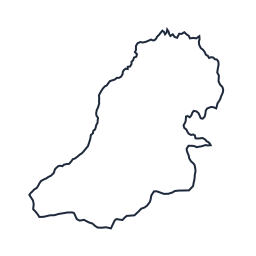 Cordeiros, Bahia, Brazil (Robinson projection), rotated 7°
{"feature_id": "56859067B54638855899687", "entity_name": "Cordeiros", "entity_type": "district", "adm_level": 2, "iso_a3": "BRA", "parent_name": "Brazil", "parent_adm1": "Bahia", "projection": "robinson", "projection_center": [-41.901, -15.032], "detail": "fine", "context": "isolated", "style": "outline", "palette": "slate", "viewbox_px": 256, "rotation_deg": 7, "n_neighbors": 0, "source": "geoboundaries", "source_scale": "gbopen_adm2", "svg_char_len": 2984}
<svg xmlns="http://www.w3.org/2000/svg" viewBox="0 0 256 256"><g transform="rotate(7 128 128)"><path d="M50.9,227.1L55.2,226.4L61.1,224.2L65.6,223.5L67.9,222.5L69.9,221.7L78.4,219.2L82.8,218.6L84.8,219.0L88.3,224.7L91.4,225.8L95.5,224.5L100.4,226.4L104.4,227.2L107.3,229.2L109.9,230.5L114.0,230.2L118.3,229.2L123.3,229.7L126.0,221.5L127.6,219.8L133.7,220.0L135.8,217.1L137.5,215.4L145.0,213.9L148.5,209.8L150.9,206.5L154.1,204.9L156.5,202.6L158.6,198.9L159.1,196.6L159.4,192.0L161.5,187.8L164.1,187.3L171.6,189.0L176.0,188.4L179.9,186.6L182.2,184.8L186.2,183.9L196.1,182.5L199.7,177.6L199.8,174.4L200.1,172.4L200.2,169.7L200.0,166.5L200.3,162.8L199.6,159.5L198.4,156.3L196.6,154.7L194.6,153.4L192.5,150.7L191.5,147.7L190.3,145.7L189.2,143.5L188.7,141.5L190.2,138.3L194.0,137.8L196.6,138.0L198.5,138.7L200.6,137.9L202.7,137.4L204.5,136.6L207.1,135.5L209.3,135.6L212.1,135.0L211.0,133.4L209.4,132.2L207.7,131.6L206.1,130.1L203.2,128.8L200.8,129.5L198.0,130.0L196.2,130.0L195.3,127.2L193.5,126.5L191.5,127.2L189.2,126.4L187.8,125.0L186.2,122.5L183.8,121.0L182.8,118.5L183.8,116.3L184.4,114.2L184.3,111.9L184.2,109.5L185.9,108.9L188.0,109.8L189.3,107.9L190.0,105.0L191.1,103.0L194.0,103.2L196.3,104.8L197.3,106.5L199.0,109.4L200.9,109.7L202.6,107.6L203.1,104.5L203.0,101.6L204.1,99.1L206.3,97.8L208.3,96.9L211.0,97.1L213.1,97.8L213.6,95.0L213.8,92.8L215.1,90.2L216.1,87.8L216.5,85.3L217.2,83.3L217.8,81.0L217.8,78.3L216.7,75.8L214.0,73.6L212.2,70.7L211.8,64.9L209.8,62.0L209.9,58.3L210.2,54.2L209.6,51.1L208.0,49.3L205.7,49.1L204.2,47.7L201.9,47.6L199.9,48.6L198.6,46.8L196.3,45.7L194.9,43.3L192.9,41.2L190.5,39.8L188.5,36.7L187.8,33.8L188.2,31.0L187.6,28.2L184.9,30.7L182.0,30.6L178.5,31.5L177.1,29.1L174.8,28.0L172.2,26.1L169.7,28.1L167.3,28.2L165.7,32.5L163.2,31.9L161.0,29.6L158.9,31.5L157.4,29.6L156.6,27.5L154.9,25.5L154.6,28.7L153.3,30.5L152.1,28.3L150.2,27.2L148.5,30.0L147.4,31.8L145.9,33.6L145.0,35.9L143.6,37.7L141.7,38.0L140.1,37.4L138.1,38.6L135.4,40.2L132.4,41.3L129.6,41.2L127.1,42.8L125.9,45.6L126.4,49.8L125.6,51.8L127.9,53.6L127.5,56.3L125.3,57.4L124.9,60.0L123.4,61.8L123.7,64.0L122.6,66.7L120.3,67.3L120.5,69.5L118.5,69.4L117.0,70.8L116.1,72.7L116.0,75.4L114.8,78.0L113.0,79.3L110.8,79.6L109.0,81.5L106.8,82.5L104.4,83.6L103.4,85.2L101.7,88.4L99.9,89.5L98.2,92.0L96.8,94.8L96.0,97.0L95.2,99.0L95.8,102.2L96.0,104.8L96.4,107.1L95.8,111.1L94.8,114.0L94.6,117.3L95.2,119.6L97.0,121.6L97.0,124.2L97.1,126.8L96.2,128.6L95.9,131.0L95.5,133.5L94.0,134.7L93.8,137.6L92.0,139.5L91.9,143.3L91.1,147.7L90.5,150.8L88.9,153.3L87.2,156.0L85.6,158.4L83.7,160.0L81.5,162.4L79.1,164.7L77.0,165.7L75.8,168.0L74.0,170.7L71.3,171.3L69.0,172.2L67.5,173.9L65.4,173.7L63.7,174.2L61.9,176.0L60.5,178.0L59.8,181.7L57.3,184.8L54.9,186.3L53.0,188.0L50.6,189.4L48.1,191.2L46.8,193.8L45.9,196.2L44.7,198.7L42.3,200.5L41.1,202.3L39.4,204.3L38.2,206.4L40.3,208.9L42.5,211.5L43.7,215.0L43.7,217.7L43.8,220.2L46.3,222.2L48.5,224.3L50.9,227.1Z" fill="none" stroke="#1e293b" stroke-width="2"/></g></svg>